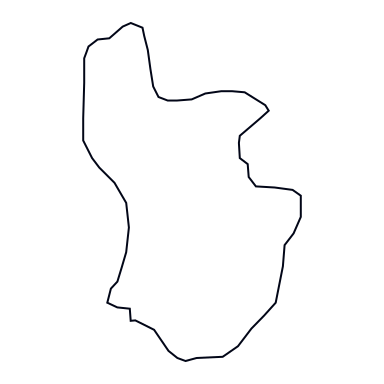 map outline of Krivogaštani (Equal Earth projection)
{"feature_id": "MKD-2941", "entity_name": "Krivogaštani", "entity_type": "Statistical Region", "adm_level": 1, "iso_a3": "MKD", "parent_name": "North Macedonia", "parent_adm1": "", "projection": "equal_earth", "projection_center": [21.362, 41.317], "detail": "fine", "context": "isolated", "style": "outline", "palette": "ink", "viewbox_px": 384, "rotation_deg": 0, "n_neighbors": 0, "source": "natural_earth", "source_scale": "10m", "svg_char_len": 866}
<svg xmlns="http://www.w3.org/2000/svg" viewBox="0 0 384 384"><path d="M130.8,23.0L142.5,27.7L144.2,35.9L147.8,50.0L150.4,68.9L153.2,86.5L158.5,97.0L167.6,100.5L177.4,100.5L191.7,99.4L205.3,93.5L221.3,91.2L232.1,91.2L244.7,92.3L265.3,105.2L268.7,110.7L260.4,118.2L239.8,135.8L238.9,142.9L239.8,158.1L247.7,164.1L248.7,177.0L255.9,186.4L274.7,187.5L292.6,189.9L300.8,195.7L300.8,216.9L293.6,233.4L284.6,245.1L282.9,266.3L275.7,302.7L264.0,315.7L251.4,328.6L238.0,346.2L222.7,356.8L196.6,358.0L185.5,361.0L177.4,358.0L168.5,350.9L154.1,329.8L135.3,320.4L130.7,320.8L129.8,308.7L117.3,307.4L107.3,302.7L110.9,288.6L117.4,281.6L121.7,267.5L126.2,252.2L128.9,227.5L126.2,202.9L114.5,182.8L99.3,167.6L92.1,158.1L83.2,140.5L83.2,118.2L84.2,82.9L84.2,58.3L86.5,52.1L88.5,46.5L97.6,39.5L109.3,38.3L122.7,26.6L130.8,23.0Z" fill="none" stroke="#020617" stroke-width="2"/></svg>